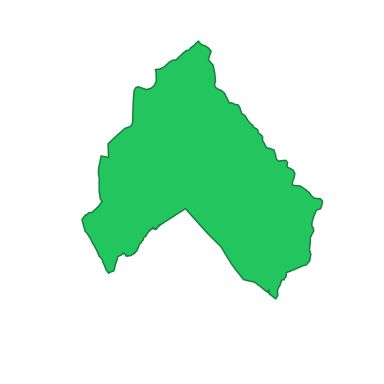 outline of Naidas, Caras-Severin, Romania, rotated 244°
{"feature_id": "2599482B94833013529411", "entity_name": "Naidas", "entity_type": "district", "adm_level": 2, "iso_a3": "ROU", "parent_name": "Romania", "parent_adm1": "Caras-Severin", "projection": "equal_earth", "projection_center": [21.557, 44.883], "detail": "fine", "context": "isolated", "style": "filled", "palette": "green", "viewbox_px": 384, "rotation_deg": 244, "n_neighbors": 0, "source": "geoboundaries", "source_scale": "gbopen_adm2", "svg_char_len": 4958}
<svg xmlns="http://www.w3.org/2000/svg" viewBox="0 0 384 384"><g transform="rotate(244 192 192)"><path d="M310.2,270.9L314.5,269.8L317.8,267.7L320.6,264.8L324.7,263.9L324.5,262.6L324.1,261.3L323.7,260.0L323.1,258.8L322.2,254.2L320.9,251.3L321.6,249.0L320.8,245.0L317.7,235.4L318.9,232.6L318.7,228.4L316.7,222.1L316.6,217.0L318.1,212.8L315.0,212.1L307.3,208.5L304.3,204.9L303.2,200.9L304.0,196.0L310.1,189.8L310.5,187.4L308.5,184.5L303.4,181.3L298.0,178.3L292.5,175.4L287.0,172.5L281.5,169.6L278.8,167.6L277.9,164.7L278.6,159.8L277.1,154.2L275.5,148.6L273.8,143.1L272.0,137.6L268.5,136.1L259.6,132.1L264.2,126.2L255.3,119.2L249.8,116.0L245.2,114.7L239.6,111.9L234.0,109.2L230.0,107.8L228.0,107.2L226.0,106.5L222.8,107.1L222.4,105.9L222.2,105.5L221.5,104.3L220.7,103.0L220.1,101.5L219.0,98.6L218.6,96.5L217.8,94.2L217.6,92.3L218.5,90.8L218.5,89.5L217.7,87.5L217.7,86.5L218.1,86.2L215.4,81.0L203.6,78.7L200.7,79.7L197.4,79.9L195.6,80.2L188.8,80.3L187.1,80.6L183.2,80.7L180.6,80.8L178.9,80.7L174.7,80.4L174.3,80.8L172.9,81.2L170.3,81.7L168.6,81.2L166.2,81.1L164.5,81.2L159.7,80.6L155.6,81.5L155.8,82.5L155.8,83.8L155.6,84.8L155.4,86.9L156.5,88.5L157.4,88.6L159.1,90.5L160.7,91.5L161.4,92.5L162.6,93.5L164.2,95.3L165.2,96.0L166.0,96.6L166.5,97.1L166.5,98.0L166.3,100.2L166.6,101.4L167.1,103.1L166.5,103.4L166.4,104.0L166.4,104.3L165.8,104.5L165.2,104.6L164.6,104.5L164.1,104.7L163.7,104.5L162.7,105.5L162.7,106.5L162.4,106.8L161.7,109.1L161.7,109.7L162.0,110.3L162.0,110.6L161.9,111.1L161.9,111.5L161.9,111.8L161.9,112.2L162.3,112.6L162.1,113.1L162.3,114.1L162.4,114.4L163.0,114.8L163.0,115.2L163.1,115.6L163.0,116.1L163.2,116.5L163.4,116.7L163.9,117.1L164.8,118.3L165.2,118.9L165.4,119.0L166.2,120.1L166.5,120.4L166.8,120.6L167.1,120.7L167.3,120.9L167.5,121.1L167.7,121.3L167.9,122.1L168.1,122.4L168.4,122.8L168.6,123.1L168.6,123.3L168.6,123.8L168.7,124.0L168.9,124.3L169.2,124.8L169.6,125.3L170.0,126.0L170.1,126.3L170.1,126.7L170.2,126.8L170.7,127.4L171.2,127.8L171.6,128.0L171.8,128.1L171.9,128.4L172.0,128.8L172.2,129.1L172.2,129.4L172.3,129.8L172.5,130.4L172.8,131.0L172.7,131.5L173.3,131.8L173.3,132.3L173.8,132.7L174.2,133.3L175.0,135.2L175.3,135.6L175.5,136.4L176.4,137.5L176.1,138.1L176.0,138.4L176.1,138.5L176.5,138.8L176.5,139.0L176.4,139.7L176.5,140.2L176.5,140.5L176.7,140.9L177.0,141.1L177.2,141.4L177.2,141.6L177.1,141.8L176.9,141.9L176.0,141.6L175.6,141.5L175.4,141.6L175.0,141.9L174.9,142.1L174.8,142.3L174.8,143.0L174.7,143.3L174.3,143.5L174.2,143.6L174.1,143.8L174.3,144.1L174.5,144.3L174.7,144.5L175.2,144.7L175.2,144.8L175.3,145.3L175.2,145.6L175.3,145.9L175.6,146.2L175.7,146.3L175.6,146.7L175.6,147.0L175.8,147.3L176.6,147.5L176.8,147.7L176.7,148.0L176.1,148.5L176.1,148.8L176.4,149.4L176.6,150.1L176.7,150.6L176.6,150.9L176.7,151.5L176.6,152.1L176.8,152.2L177.2,156.0L178.1,163.7L178.8,169.0L179.5,175.6L179.9,178.8L178.4,179.3L170.1,181.5L154.0,186.1L150.8,187.0L147.2,188.1L140.8,190.3L133.5,192.9L130.2,194.1L127.4,194.3L125.2,194.6L123.7,194.6L109.4,196.0L106.5,196.5L103.1,197.2L100.3,197.8L97.6,198.4L93.7,199.2L90.7,199.9L88.9,202.1L87.6,203.5L85.3,206.6L84.6,207.3L83.5,208.8L81.5,209.7L79.3,210.8L77.6,211.8L70.1,215.2L69.1,215.9L69.5,215.9L69.7,216.1L69.3,217.5L69.5,217.8L68.4,217.3L67.7,217.3L66.9,217.2L66.4,216.8L65.2,217.4L64.9,217.7L62.0,219.0L59.3,220.4L60.0,220.9L60.1,221.7L60.7,222.7L61.1,223.4L61.6,223.8L62.5,224.0L63.5,224.7L64.2,225.0L64.9,225.1L65.6,225.5L66.5,226.2L67.3,226.8L68.0,227.7L68.8,228.8L69.4,230.0L70.0,230.6L70.6,231.2L71.6,232.2L72.9,233.3L73.2,233.8L73.4,234.1L73.2,235.2L72.8,236.3L73.6,237.1L74.2,238.0L74.4,239.0L75.1,239.7L75.5,240.0L75.9,240.3L77.3,240.8L78.2,241.6L78.0,243.1L77.6,248.2L77.3,253.4L77.2,258.6L76.4,263.1L78.6,267.6L83.9,271.5L88.7,272.3L95.3,276.5L98.8,278.2L100.1,279.6L101.4,281.1L102.5,282.7L103.6,284.3L106.5,285.2L108.9,284.8L112.3,286.7L114.5,288.7L116.6,290.7L118.6,292.9L120.6,295.1L121.1,296.5L120.6,300.2L121.9,301.6L123.4,303.0L124.9,304.2L126.6,305.3L129.6,304.4L132.6,299.5L135.4,297.9L139.9,297.1L142.5,296.0L145.1,294.7L147.5,293.3L150.0,291.9L152.9,287.0L154.4,285.2L157.0,286.7L157.7,287.5L158.5,288.4L159.3,289.2L160.1,289.9L160.9,290.7L161.8,291.4L162.8,292.0L163.7,292.6L167.3,292.5L168.5,291.7L169.7,290.9L170.8,290.0L171.9,289.0L173.6,288.6L176.6,290.8L179.2,290.3L180.0,288.6L180.7,286.8L181.3,285.0L181.9,283.1L184.8,282.2L188.1,283.2L193.8,284.1L194.6,283.2L195.5,282.4L196.4,281.6L197.3,280.8L198.7,278.7L200.8,278.2L202.3,278.3L203.7,278.3L205.1,278.2L206.5,277.9L207.7,278.3L208.8,278.7L209.9,279.2L210.9,279.7L212.9,279.2L216.0,277.5L218.7,278.3L220.8,277.5L223.1,275.6L225.2,275.9L226.6,275.2L228.0,274.6L229.4,274.1L230.9,273.7L237.6,273.1L240.8,271.1L247.2,272.0L250.1,271.6L251.8,269.1L255.0,266.6L255.1,264.7L257.9,264.6L260.7,264.5L263.5,264.5L266.2,264.6L270.4,262.9L273.1,260.4L276.2,258.8L278.7,259.4L281.6,261.8L289.4,264.7L296.6,266.5L303.5,264.8L305.8,266.5L310.2,270.9Z" fill="#22c55e" stroke="#15803d" stroke-width="1.5"/></g></svg>